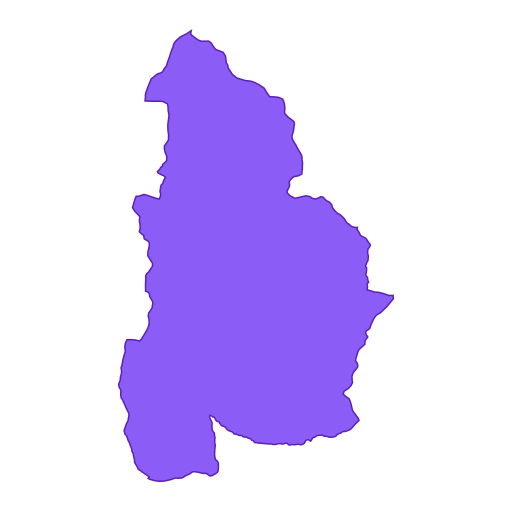 Tang, Bumthang, Bhutan (Mercator projection)
{"feature_id": "84629894B61267933696979", "entity_name": "Tang", "entity_type": "district", "adm_level": 2, "iso_a3": "BTN", "parent_name": "Bhutan", "parent_adm1": "Bumthang", "projection": "mercator", "projection_center": [90.891, 27.681], "detail": "fine", "context": "isolated", "style": "filled", "palette": "violet", "viewbox_px": 512, "rotation_deg": 0, "n_neighbors": 0, "source": "geoboundaries", "source_scale": "gbopen_adm2", "svg_char_len": 6071}
<svg xmlns="http://www.w3.org/2000/svg" viewBox="0 0 512 512"><path d="M148.1,478.4L149.7,479.3L154.8,480.7L159.7,481.3L164.7,481.0L171.3,479.5L175.2,478.0L178.9,478.3L182.4,477.8L186.4,475.3L188.4,474.6L190.2,473.6L192.5,471.9L194.1,471.7L197.6,472.1L203.0,473.4L205.9,473.3L210.1,476.0L212.1,475.6L214.9,474.1L217.1,472.5L218.0,471.2L218.4,467.8L218.4,463.1L217.0,460.7L215.5,459.6L215.0,457.7L214.6,454.8L214.8,449.5L215.3,445.2L214.8,443.2L214.7,440.2L215.0,437.5L214.6,435.7L214.3,433.0L213.1,431.6L212.3,429.8L212.0,427.6L212.0,425.3L212.1,423.4L211.6,421.4L210.5,419.4L209.9,418.2L209.6,416.9L209.9,415.4L211.6,416.0L212.5,416.7L212.9,417.0L214.1,417.2L214.6,417.7L215.8,420.1L217.1,421.3L218.4,421.7L219.0,422.0L220.0,423.7L220.5,424.1L221.1,425.2L221.5,425.5L221.8,425.8L223.4,426.2L224.5,426.9L225.1,427.0L225.6,427.4L226.2,428.5L227.2,429.6L227.9,430.0L228.6,430.6L229.0,430.8L230.2,431.1L231.2,431.6L232.3,431.9L232.9,432.4L233.8,433.6L234.3,434.0L236.4,434.3L239.0,435.3L240.2,435.5L241.1,435.4L241.8,435.6L243.0,436.7L245.1,437.2L246.3,437.0L246.7,437.1L247.6,437.9L248.2,438.1L250.3,438.7L250.7,439.0L251.7,440.1L253.4,440.9L254.2,442.0L254.5,442.4L254.9,442.6L257.0,442.7L258.5,443.1L260.7,443.1L262.0,443.4L264.2,443.5L265.4,443.7L266.7,443.7L268.4,444.0L270.5,443.9L271.3,444.0L272.9,444.4L275.1,444.5L276.2,444.3L276.7,444.2L277.7,443.6L279.5,443.7L280.5,443.6L281.1,443.7L281.9,444.0L282.8,444.1L283.6,443.9L285.4,443.2L286.3,443.1L286.7,443.2L287.3,443.5L288.5,444.7L289.1,445.0L290.1,445.0L292.2,444.5L294.5,444.7L295.1,444.7L297.3,444.3L298.1,444.2L299.2,444.3L300.2,444.8L300.7,444.8L302.5,444.4L304.3,443.3L304.6,442.9L305.4,441.2L305.9,440.4L307.0,439.8L308.1,439.8L308.8,439.9L309.5,440.3L310.3,441.1L310.8,441.0L311.1,440.7L312.2,438.6L312.8,437.8L313.6,437.5L315.6,436.8L315.9,436.4L316.4,435.8L317.0,435.6L319.0,435.3L322.2,435.1L322.7,435.3L323.8,436.1L327.2,436.5L329.4,437.2L329.8,437.2L331.2,437.1L332.4,437.3L333.0,437.0L334.1,436.8L335.2,436.5L336.0,436.0L336.4,435.7L336.8,435.0L337.4,434.5L339.3,433.5L340.9,433.0L342.4,431.8L343.2,431.6L345.7,431.4L347.6,430.6L349.1,430.1L349.7,429.6L350.3,429.4L351.4,428.5L355.3,424.0L359.0,420.5L358.3,418.4L357.9,417.7L355.0,414.0L352.6,410.7L350.9,403.4L349.1,398.7L345.3,396.1L343.2,394.0L344.1,391.2L348.3,388.5L351.1,385.5L352.5,382.6L352.1,379.8L352.0,376.1L353.2,372.7L356.2,369.0L357.6,367.0L357.8,365.2L357.1,362.8L355.6,361.2L355.8,359.0L358.3,350.6L359.9,348.8L364.9,344.2L364.9,342.3L365.4,340.1L367.8,337.0L366.4,334.8L365.6,332.8L366.2,330.9L368.4,329.6L369.9,328.2L370.4,326.4L371.6,323.3L372.6,321.1L374.2,318.0L376.5,315.0L380.4,312.8L386.6,306.9L393.3,298.9L393.1,295.4L388.6,295.4L383.4,293.5L377.9,292.2L374.7,292.1L368.5,290.1L367.2,290.0L367.2,288.0L367.6,286.9L367.1,284.6L367.2,283.6L368.7,282.2L368.0,280.8L367.6,278.7L367.6,277.7L365.7,275.0L366.4,271.9L366.6,269.6L366.6,267.7L365.7,266.4L365.5,265.3L366.2,264.2L367.2,261.6L367.9,260.8L368.3,257.7L368.3,256.0L367.6,252.9L367.9,249.2L369.1,247.7L370.3,245.4L369.9,244.0L368.6,242.7L367.1,240.1L365.8,238.3L360.6,235.6L360.1,234.5L358.4,231.2L357.1,229.6L357.4,227.4L356.8,227.5L354.1,227.3L350.9,226.1L349.3,224.4L347.4,223.3L345.8,221.3L344.9,219.5L343.4,217.7L340.3,214.8L336.8,212.8L334.4,210.3L332.3,207.4L331.8,204.8L329.4,202.1L326.5,200.7L322.8,197.0L320.5,196.7L318.7,197.9L315.3,199.0L312.5,198.4L309.7,196.5L305.9,195.8L295.0,198.3L293.9,197.7L290.4,196.0L288.6,194.3L286.8,192.3L287.3,190.7L289.2,186.8L289.6,185.2L289.2,181.5L291.4,178.7L294.0,176.6L298.5,175.8L301.8,174.0L302.4,168.0L302.3,166.1L302.6,164.0L302.4,161.6L302.0,159.8L302.0,157.4L301.5,155.0L297.3,148.0L295.9,145.0L294.4,142.8L292.5,139.3L292.0,137.2L292.2,134.8L293.1,132.4L293.7,129.5L294.0,126.4L294.5,124.1L294.1,122.0L292.8,120.6L290.3,118.8L288.3,117.3L284.8,113.6L284.5,111.4L284.9,108.8L284.7,106.0L284.1,102.7L282.8,99.2L278.7,97.4L274.6,96.9L269.6,96.7L266.5,92.1L264.1,88.1L258.9,84.6L254.2,82.3L251.0,81.2L245.1,80.5L236.8,78.0L232.3,74.3L228.0,67.7L227.8,65.2L226.1,62.4L226.1,60.9L225.5,56.2L223.1,52.3L218.2,50.4L215.7,49.5L212.9,45.8L211.2,43.0L208.6,41.1L201.2,41.2L197.7,39.8L192.2,35.6L190.8,34.2L190.8,32.8L191.2,30.7L186.9,33.6L180.2,37.0L177.6,39.3L175.2,41.7L173.6,44.2L173.3,46.1L171.4,51.0L169.1,58.0L167.4,62.5L166.5,65.8L164.6,68.1L162.5,71.8L160.6,73.0L158.0,73.7L155.9,75.1L151.2,79.0L147.9,87.0L145.8,92.8L145.3,95.8L145.5,96.6L145.0,100.9L148.9,101.2L162.4,101.3L167.5,103.8L168.1,107.5L168.1,110.3L169.0,115.3L167.8,125.0L168.0,131.0L168.6,134.9L168.4,140.2L164.4,146.0L164.4,149.4L165.3,152.7L166.8,156.4L166.6,160.4L165.8,161.6L162.5,164.6L162.3,166.5L160.9,167.2L159.7,169.3L157.4,171.5L157.9,172.8L161.3,174.7L163.7,175.7L165.5,177.3L165.2,177.7L163.6,180.6L162.8,183.6L161.5,184.5L160.8,186.3L160.2,189.9L160.0,191.7L160.7,194.0L160.3,196.7L159.1,199.0L156.7,198.5L146.0,195.0L143.9,194.5L140.4,195.6L138.5,196.3L136.1,196.3L134.7,199.9L133.1,205.6L132.5,207.6L134.8,211.3L139.9,216.7L139.4,219.7L139.5,222.2L140.0,224.1L140.2,228.0L139.3,231.8L142.0,234.2L143.6,235.2L144.3,238.9L148.4,241.4L149.4,243.0L149.2,246.4L147.9,251.9L147.8,255.7L151.0,261.1L152.5,263.2L152.4,266.5L151.4,267.8L148.5,272.1L146.7,273.7L145.7,275.9L145.7,280.3L145.5,284.6L145.6,291.4L147.4,291.8L148.6,292.7L149.2,293.7L149.7,296.6L152.5,301.4L152.8,303.7L152.3,305.6L152.3,307.0L151.8,308.4L148.7,313.0L148.2,316.3L149.0,318.8L149.2,323.1L148.9,324.8L147.9,328.0L145.2,333.0L141.7,338.7L139.6,341.1L135.6,340.0L130.5,339.6L126.9,339.7L125.5,342.9L124.8,346.7L125.2,350.1L125.2,352.0L124.1,355.1L123.1,359.0L121.8,365.7L121.1,367.6L121.6,371.5L121.3,374.1L120.5,376.8L120.2,380.2L118.7,384.0L119.1,387.2L120.9,390.2L120.7,395.1L121.3,398.1L122.1,399.1L124.5,404.1L125.7,407.0L128.9,413.6L129.0,414.8L128.0,420.8L126.3,424.1L124.7,428.7L124.1,431.1L125.0,434.1L126.1,435.2L127.1,437.2L128.0,440.1L129.3,442.6L131.6,448.8L132.0,451.5L133.2,453.5L133.3,454.7L134.5,460.2L134.7,462.6L137.6,467.6L138.3,469.4L140.4,470.5L141.9,471.8L149.1,476.7L148.4,478.0L148.1,478.4Z" fill="#8b5cf6" stroke="#5b21b6" stroke-width="1.5"/></svg>